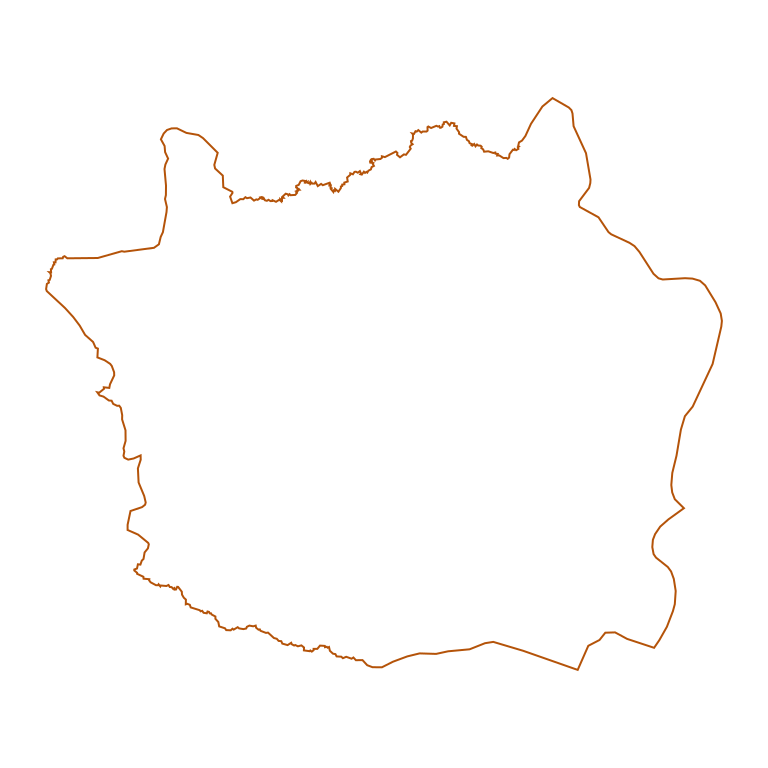 Nong Kung Si, Kalasin, Thailand (Albers equal-area conic projection)
{"feature_id": "78962969B61513284826640", "entity_name": "Nong Kung Si", "entity_type": "district", "adm_level": 2, "iso_a3": "THA", "parent_name": "Thailand", "parent_adm1": "Kalasin", "projection": "albers", "projection_center": [103.282, 16.731], "detail": "fine", "context": "isolated", "style": "outline", "palette": "amber", "viewbox_px": 768, "rotation_deg": 0, "n_neighbors": 0, "source": "geoboundaries", "source_scale": "gbopen_adm2", "svg_char_len": 6091}
<svg xmlns="http://www.w3.org/2000/svg" viewBox="0 0 768 768"><path d="M493.3,641.9L523.2,650.8L577.7,669.9L588.3,645.8L599.5,640.0L605.3,632.7L615.1,632.4L627.1,638.9L654.1,647.8L659.3,640.2L666.9,626.8L672.9,611.2L674.8,604.2L675.7,591.0L673.8,578.9L671.1,571.5L667.8,567.0L656.0,557.6L653.6,554.1L652.3,547.1L652.9,539.8L655.1,534.1L660.2,526.6L668.4,519.4L683.9,508.2L674.8,499.2L672.2,492.4L671.3,485.0L672.3,472.9L676.5,455.7L680.9,429.6L684.9,416.2L692.7,406.6L712.6,364.0L721.3,326.6L721.9,320.9L720.7,313.5L715.5,302.2L705.2,285.4L700.0,280.8L692.5,278.6L685.0,278.2L662.7,279.5L658.5,278.3L653.5,273.8L639.4,251.9L634.5,246.1L629.6,242.9L611.2,234.3L608.5,232.1L598.5,217.3L579.8,207.0L578.9,205.1L579.1,201.2L589.1,187.9L590.3,183.1L590.5,179.5L586.0,153.2L573.6,126.2L572.5,113.5L571.4,110.1L568.8,107.5L552.5,98.1L542.4,106.5L531.0,123.8L525.4,136.0L522.0,140.6L519.0,142.4L518.2,145.8L519.0,146.5L517.8,147.2L518.4,148.9L516.1,150.2L514.6,149.0L514.0,150.0L512.9,149.7L509.5,154.2L509.1,157.6L507.7,158.8L506.4,157.9L503.5,158.1L499.2,155.4L497.2,155.5L497.7,153.9L495.5,153.7L495.3,152.5L493.3,153.0L488.3,151.3L484.1,151.7L483.2,149.4L481.3,148.1L481.7,146.7L480.6,145.7L478.1,145.5L477.0,144.5L475.5,146.3L474.2,144.0L472.4,145.7L471.5,145.3L471.9,144.1L469.6,143.2L468.9,141.2L466.9,139.8L465.9,136.9L463.6,136.8L459.0,133.7L459.1,132.2L456.5,128.6L456.9,126.2L454.0,125.9L454.4,123.4L451.2,122.8L449.7,125.4L446.5,121.7L443.8,122.3L443.9,124.0L442.7,124.5L442.4,126.7L440.9,127.7L440.1,127.8L439.3,126.1L438.1,126.6L436.4,125.8L431.1,128.0L428.3,126.5L427.5,127.1L427.6,130.6L426.6,131.5L422.7,131.5L421.3,132.6L418.3,130.1L416.7,131.6L415.5,131.2L414.0,133.9L412.2,133.5L413.0,134.5L412.9,138.5L412.1,140.7L411.0,141.1L411.2,142.8L412.6,144.2L410.6,145.5L409.8,147.0L410.7,148.7L406.0,154.8L403.9,154.4L400.0,157.3L397.0,154.8L397.4,152.9L395.9,151.5L384.9,157.1L381.9,156.3L382.0,157.7L380.4,159.0L375.6,159.5L375.0,160.4L373.7,158.8L371.7,159.1L371.8,160.4L370.7,160.1L370.0,161.6L370.3,162.7L371.0,162.7L370.8,161.8L373.3,163.0L372.7,163.7L373.9,165.9L371.6,167.1L370.9,169.4L368.4,170.7L367.3,172.6L366.4,171.9L365.0,172.9L363.9,171.7L361.8,174.6L360.4,174.2L361.0,173.5L359.9,171.1L357.8,172.7L355.9,171.7L354.5,171.9L352.9,174.3L350.3,173.3L350.2,174.9L347.1,177.5L347.7,181.5L344.3,182.6L344.4,184.3L342.2,184.6L342.2,186.0L340.9,186.5L340.9,188.0L338.4,191.7L335.1,188.9L334.9,190.9L333.8,190.4L333.4,192.0L330.9,189.0L331.6,188.2L330.5,187.7L330.8,185.5L329.4,185.5L329.5,184.5L330.4,184.6L329.7,182.7L322.8,185.2L321.1,183.9L317.8,186.1L315.6,182.0L314.5,183.6L312.3,183.6L311.6,182.7L310.4,183.9L310.1,182.1L309.3,183.4L307.5,182.7L307.7,181.7L305.8,182.5L305.9,181.3L304.8,182.0L304.8,180.9L302.5,180.5L300.6,181.2L298.7,184.9L296.2,185.9L296.1,187.4L297.2,187.9L297.4,189.1L298.7,188.9L299.4,189.7L298.2,189.7L298.2,190.4L296.3,191.2L297.1,191.7L296.4,192.5L296.9,193.0L295.3,194.9L290.5,195.2L289.6,194.2L288.4,195.4L287.8,194.3L285.7,193.7L282.5,196.7L283.5,197.8L282.0,197.8L282.0,200.5L280.4,199.3L280.7,200.9L279.4,199.7L276.0,201.8L272.5,200.2L272.3,201.0L270.5,201.1L268.5,199.8L266.9,200.8L265.0,200.3L263.8,198.3L263.4,199.1L262.3,198.8L262.8,197.8L261.9,197.0L260.2,197.4L260.5,197.9L257.7,199.8L256.3,199.4L254.0,200.6L250.5,197.5L247.0,198.2L245.4,197.2L243.3,199.2L240.3,199.1L235.9,202.2L232.4,203.2L230.1,196.6L232.5,192.9L232.3,191.8L223.3,187.2L222.8,175.6L215.1,168.5L214.3,164.9L217.7,152.8L203.0,138.1L198.4,135.0L186.4,132.9L176.9,128.3L171.6,128.4L167.0,130.0L163.7,133.5L160.9,139.3L164.6,146.0L165.1,152.1L168.1,158.6L165.4,164.5L164.5,169.0L166.0,185.6L165.9,195.1L165.0,199.0L166.9,207.1L166.5,212.1L162.9,232.2L160.7,236.9L158.9,244.3L154.0,247.8L124.3,251.7L121.8,251.2L97.8,258.0L67.3,258.3L64.6,256.2L63.2,256.8L62.7,258.3L57.8,258.4L57.0,259.4L55.7,259.4L55.5,262.3L53.9,262.3L54.3,264.5L53.4,264.8L51.9,268.8L50.9,269.2L51.1,272.3L49.3,272.2L50.4,273.2L51.0,275.9L49.7,279.9L48.4,280.3L48.9,282.6L46.9,283.9L46.1,289.1L46.8,291.1L65.0,308.0L73.2,317.0L79.7,325.6L85.1,334.9L93.1,342.0L95.6,347.7L97.9,348.6L97.4,357.4L104.6,360.2L110.2,363.9L111.8,366.0L114.1,372.2L114.2,375.4L110.0,384.3L109.3,387.9L103.8,387.3L104.0,388.8L99.2,392.7L97.3,392.3L99.5,395.4L103.5,396.6L108.9,400.5L111.6,400.7L113.2,403.9L117.1,405.8L119.2,405.7L120.8,407.9L122.2,415.2L122.1,419.4L125.5,430.3L125.6,440.9L123.5,448.3L124.3,451.5L123.5,455.8L124.4,457.8L128.2,459.6L133.6,458.5L140.6,455.4L140.7,459.7L137.9,468.4L138.6,482.5L144.2,496.0L145.7,502.5L145.1,504.7L142.1,507.1L130.5,511.0L127.6,524.8L127.6,530.0L138.1,534.6L148.2,542.9L148.8,544.3L147.9,548.4L144.6,552.4L143.5,559.0L141.8,560.6L140.4,564.6L137.9,564.3L137.0,568.5L134.3,569.5L134.3,570.5L137.1,572.8L137.1,573.8L143.4,576.8L143.6,578.7L149.3,579.2L149.1,580.3L150.6,582.3L156.0,585.2L158.1,585.2L158.6,584.3L160.3,586.4L160.7,585.5L166.4,586.0L168.5,585.0L169.8,587.0L171.6,587.1L173.1,588.8L174.3,588.1L174.5,589.6L176.0,589.5L177.2,586.8L178.1,586.9L181.8,591.7L182.0,594.6L183.8,597.7L185.9,599.6L185.8,604.3L187.2,603.8L189.8,604.8L190.7,607.4L199.7,610.2L200.6,611.3L202.2,610.8L203.6,612.8L206.8,613.3L207.5,611.5L209.0,611.9L209.7,613.3L211.0,613.3L211.6,614.5L215.4,616.5L215.4,618.8L218.3,622.0L219.2,626.4L225.0,628.3L226.2,630.1L230.7,630.3L232.5,628.7L233.7,629.6L237.7,627.2L239.1,628.4L243.4,629.1L246.2,628.5L246.9,626.8L249.4,625.6L253.2,626.3L255.7,625.6L256.1,627.7L258.5,629.7L259.8,629.4L260.5,630.8L266.0,632.9L268.0,632.6L273.9,638.0L276.8,638.8L278.6,640.9L281.3,641.2L282.3,643.6L287.6,645.1L291.2,642.8L291.7,644.2L294.1,645.5L295.2,645.0L297.9,646.3L301.4,645.4L304.0,647.5L303.9,650.4L309.7,651.2L310.3,650.5L311.8,651.6L313.6,650.2L313.6,648.9L317.3,648.9L320.0,645.6L324.8,645.9L325.0,647.2L326.8,646.8L327.6,647.7L329.0,647.0L329.9,650.8L333.0,653.7L335.4,654.1L336.6,656.4L341.3,656.7L342.9,658.2L346.2,656.8L351.6,658.7L353.4,657.5L355.9,660.2L362.5,660.1L367.2,665.2L372.5,667.2L381.9,667.3L393.0,661.7L407.3,656.4L419.6,653.4L436.1,653.9L448.1,651.3L469.6,649.3L485.0,643.2L493.3,641.9Z" fill="none" stroke="#b45309" stroke-width="2"/></svg>